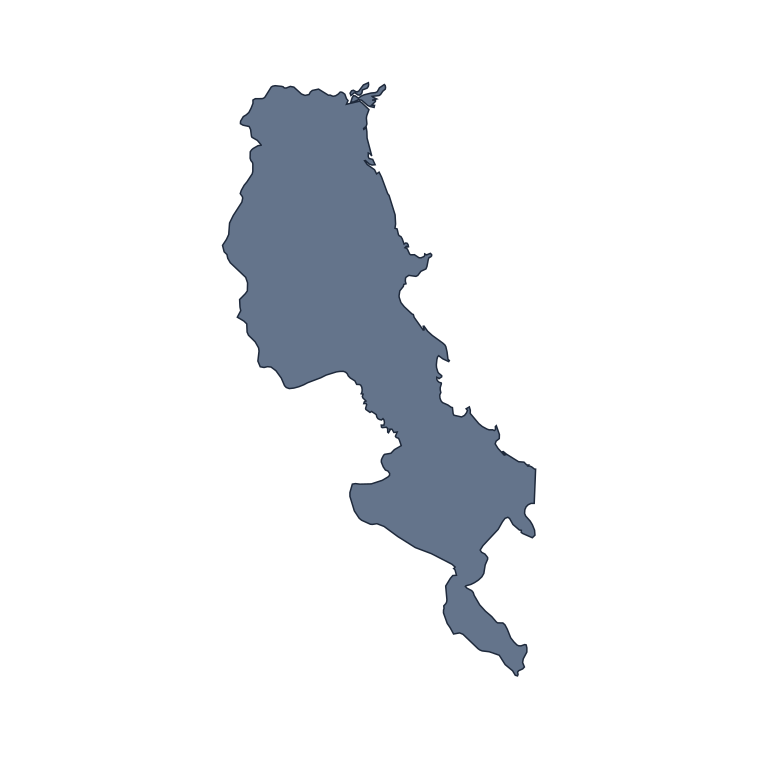 SVG path tracing the border of Chocó, rotated 165°
{"feature_id": "COL-1415", "entity_name": "Chocó", "entity_type": "Department", "adm_level": 1, "iso_a3": "COL", "parent_name": "Colombia", "parent_adm1": "", "projection": "albers", "projection_center": [-77.125, 6.337], "detail": "fine", "context": "isolated", "style": "filled", "palette": "slate", "viewbox_px": 768, "rotation_deg": 165, "n_neighbors": 0, "source": "natural_earth", "source_scale": "10m", "svg_char_len": 6152}
<svg xmlns="http://www.w3.org/2000/svg" viewBox="0 0 768 768"><g transform="rotate(165 384 384)"><path d="M315.4,88.1L320.6,82.5L322.2,79.1L321.6,74.3L323.8,72.9L328.1,72.2L329.5,71.2L329.7,68.7L330.6,67.5L332.6,68.7L334.0,73.7L339.6,81.6L342.9,92.2L351.6,98.1L358.3,100.8L360.3,102.3L361.7,104.0L372.5,121.8L375.4,124.0L381.5,124.5L383.2,131.5L384.9,136.3L385.8,147.5L385.0,150.3L384.1,151.7L383.7,154.2L381.1,155.9L380.0,157.1L379.1,159.2L376.7,172.9L370.2,179.1L367.1,181.2L363.5,180.5L363.5,186.0L364.4,187.8L363.7,187.9L362.7,188.8L365.0,192.3L382.2,207.9L396.1,217.9L410.1,233.0L420.8,246.4L427.0,250.9L431.6,251.4L433.5,252.1L440.9,258.2L442.7,260.7L445.5,269.1L446.0,284.2L445.0,288.0L440.5,295.5L437.4,295.2L433.2,293.5L422.1,290.8L410.7,291.4L404.2,293.2L402.3,294.3L401.7,296.2L402.8,299.0L404.9,300.5L406.2,304.2L406.8,309.3L406.2,311.3L405.0,312.9L402.8,315.3L401.6,315.9L395.3,315.3L391.0,317.9L383.3,320.0L383.7,326.3L384.1,327.8L386.1,329.3L386.5,330.6L383.7,334.2L387.0,334.6L387.9,338.1L388.8,338.6L390.2,338.8L390.0,338.0L392.3,335.7L392.9,336.5L392.0,340.1L392.9,341.6L397.0,342.3L397.6,343.0L397.3,345.0L394.8,344.3L393.6,346.4L393.3,349.1L394.0,350.8L395.7,349.9L397.6,350.9L398.9,352.2L399.5,354.1L399.4,356.5L403.1,360.7L404.9,360.2L408.1,364.1L408.1,365.2L406.1,368.5L406.4,369.8L408.6,370.3L407.7,371.8L405.8,372.2L408.0,376.0L408.2,377.5L406.8,379.6L408.6,380.5L407.5,381.7L406.6,384.0L406.3,386.7L406.8,388.9L407.7,389.8L410.5,390.7L411.3,394.5L415.0,398.5L416.4,401.0L416.9,403.6L418.1,405.4L419.9,406.7L423.5,407.6L426.8,408.0L437.5,407.6L443.4,406.4L457.4,405.0L461.8,404.0L467.0,403.4L472.1,403.4L476.7,404.1L479.3,405.9L480.5,408.1L481.7,416.3L484.9,424.7L488.7,429.6L492.0,430.9L495.6,431.0L499.1,432.7L499.9,438.8L496.2,448.1L495.8,451.4L497.5,458.0L502.3,466.2L502.8,469.6L501.0,477.6L503.1,481.1L508.4,486.5L503.4,491.9L503.2,495.5L501.6,503.0L494.6,507.1L491.9,509.3L489.6,517.0L490.0,522.8L501.1,540.9L502.4,545.8L502.2,549.7L504.2,553.1L504.1,559.7L498.7,564.5L495.3,568.6L491.5,579.5L486.0,585.8L474.2,596.5L472.4,600.1L472.3,601.6L473.6,605.1L471.7,608.0L467.6,612.2L464.1,614.7L456.9,621.1L455.7,623.3L453.8,630.3L453.7,631.9L454.7,634.2L454.9,636.7L453.1,642.9L451.2,644.5L449.3,645.4L444.0,646.8L440.9,646.4L440.8,646.8L443.3,652.1L447.7,656.5L447.9,657.7L447.0,664.3L447.6,667.6L453.2,670.5L455.3,672.6L454.8,674.3L454.4,675.1L450.7,678.7L447.5,679.6L444.3,681.2L441.0,684.8L437.9,689.0L437.1,692.2L434.5,692.9L427.9,691.2L426.4,691.2L424.8,691.9L416.1,700.0L414.4,700.5L411.9,700.3L405.9,698.0L404.5,697.2L403.7,695.8L401.9,695.2L397.5,695.7L394.2,694.1L388.7,685.5L385.6,683.2L381.5,683.0L379.6,685.0L377.3,686.1L370.9,685.8L362.9,677.3L361.2,677.0L358.8,675.1L356.2,674.9L353.1,675.9L350.8,677.3L349.9,677.1L348.6,676.3L346.8,674.0L346.4,669.2L345.4,667.1L347.9,663.9L334.4,663.5L332.5,661.2L327.5,652.9L331.3,647.5L332.2,645.4L333.2,639.6L334.6,637.5L337.6,636.1L337.6,635.2L334.8,636.1L335.2,632.3L336.7,625.9L336.8,607.4L337.7,609.7L339.4,611.2L340.4,607.6L340.0,605.6L336.8,603.9L335.8,598.1L338.9,598.6L341.2,600.2L344.1,604.7L345.0,604.7L343.4,600.3L337.7,593.4L336.8,588.9L333.9,589.9L332.8,584.4L331.2,567.0L330.3,564.8L329.5,544.5L331.4,535.5L333.1,531.6L331.2,530.4L331.4,524.5L330.8,523.1L329.5,522.0L328.8,519.4L328.4,514.0L326.5,514.6L325.3,514.0L324.7,512.5L324.8,510.2L325.7,510.2L326.8,511.2L328.5,510.2L327.1,509.3L326.5,508.1L325.6,502.9L324.8,501.9L321.1,501.0L317.5,496.9L315.6,496.3L312.3,496.8L311.4,497.7L311.0,499.1L309.4,497.7L305.4,498.2L304.5,496.7L304.8,495.5L306.0,494.7L307.8,494.4L308.9,493.0L312.1,486.4L313.7,484.3L319.2,483.3L323.3,480.1L325.3,479.7L331.9,482.5L334.9,481.5L335.8,480.7L336.8,477.8L336.8,475.1L339.1,475.1L340.1,473.2L344.6,469.9L346.6,465.4L346.9,463.9L346.6,458.3L344.5,453.5L339.0,444.6L337.7,443.5L337.6,440.5L332.2,426.0L331.2,426.0L331.2,429.6L330.4,429.6L328.2,423.7L324.8,418.4L316.6,408.3L315.1,406.0L314.6,404.0L314.8,398.6L315.8,391.4L314.8,389.7L315.7,388.9L320.7,393.1L323.9,397.2L325.3,396.2L326.6,393.9L328.5,388.9L329.0,386.3L328.9,381.9L328.5,380.5L326.1,377.1L326.4,376.0L329.5,374.9L329.9,375.7L331.3,376.8L331.8,374.7L331.3,372.8L330.2,371.3L328.5,370.3L328.5,369.4L330.6,366.0L331.2,363.8L331.3,361.0L333.0,359.0L333.6,356.0L333.3,353.0L332.3,350.9L327.7,347.2L325.3,344.3L324.0,343.5L324.9,337.4L324.5,335.7L317.6,332.1L314.4,332.8L311.8,334.8L310.2,336.9L311.1,338.8L307.5,339.8L307.4,336.4L308.3,333.2L302.7,321.2L300.1,317.5L296.2,313.8L294.3,312.5L290.8,311.6L289.6,310.5L288.1,311.1L287.5,314.0L286.3,314.7L285.6,305.3L286.8,301.4L290.5,299.8L292.1,297.4L290.5,292.2L286.3,284.2L285.4,284.2L287.3,286.9L287.3,287.9L286.3,287.9L284.0,284.7L274.1,274.1L269.0,272.3L267.1,268.9L265.2,268.3L266.1,267.5L264.4,267.0L262.8,265.7L260.6,262.8L259.6,262.5L269.8,229.8L272.9,230.6L275.9,230.1L278.5,228.6L280.5,226.1L281.7,222.6L281.3,219.7L278.3,213.8L277.1,209.6L276.4,203.8L277.3,198.9L280.5,197.1L288.6,203.6L289.9,205.1L289.2,207.1L291.1,208.0L295.8,214.9L297.5,221.6L298.9,223.2L301.9,222.9L305.3,220.2L311.4,214.0L330.2,202.3L334.1,198.7L333.3,196.2L330.5,193.6L328.8,189.6L329.2,188.0L333.1,183.0L336.6,175.2L339.4,172.4L343.5,170.2L348.0,168.7L352.0,167.9L357.0,167.9L357.8,167.4L356.7,165.3L352.7,161.6L351.8,159.6L351.6,156.4L348.7,145.8L344.8,138.3L340.1,131.4L337.2,125.3L336.2,123.9L331.0,122.4L329.5,120.1L328.4,115.3L327.3,106.0L325.3,101.3L323.1,97.5L321.7,96.3L319.5,95.6L315.5,95.9L314.2,95.2L314.3,92.1L315.4,88.1ZM332.1,663.9L334.9,665.3L340.5,664.3L343.1,664.9L340.6,668.8L338.9,670.4L337.2,669.7L334.8,666.7L331.5,668.0L328.3,668.5L321.2,668.4L316.9,667.7L314.8,668.1L311.7,671.3L306.2,673.2L305.6,672.1L305.7,670.2L306.4,668.5L309.4,667.1L312.4,664.5L314.1,663.9L321.0,664.9L320.4,663.8L317.3,661.2L322.0,661.2L318.8,660.4L319.2,659.1L323.8,656.5L321.0,655.6L322.0,653.7L325.6,655.6L327.7,657.3L332.1,663.9ZM321.1,679.1L321.4,677.0L322.2,675.4L323.8,674.1L328.8,673.6L329.9,670.9L331.2,669.9L332.8,669.4L334.4,670.0L336.6,672.7L337.5,672.9L341.3,671.2L341.5,673.7L339.5,675.6L337.6,675.7L335.4,673.6L334.2,673.2L332.5,673.5L326.5,678.2L321.1,679.1Z" fill="#64748b" stroke="#1e293b" stroke-width="1.5"/></g></svg>